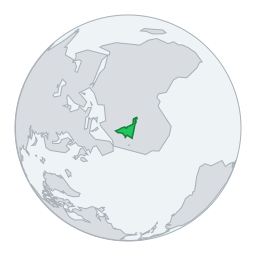 the Earth from above Adrar, rotated 245°
{"feature_id": "DZA-2143", "entity_name": "Adrar", "entity_type": "Province", "adm_level": 1, "iso_a3": "DZA", "parent_name": "Algeria", "parent_adm1": "", "projection": "orthographic", "projection_center": [0.561, 25.317], "detail": "fine", "context": "on_globe", "style": "filled", "palette": "green", "viewbox_px": 256, "rotation_deg": 245, "n_neighbors": 0, "source": "natural_earth", "source_scale": "10m", "svg_char_len": 10332}
<svg xmlns="http://www.w3.org/2000/svg" viewBox="0 0 256 256"><g transform="rotate(245 128 128)"><circle cx="128" cy="128" r="113" fill="#eef3f6" stroke="#a8b0b8"/><path d="M77.6,27.3L85.7,23.7L98.7,19.2L98.8,19.2L112.5,16.4L112.1,16.5L112.6,16.4L115.9,16.0L118.9,15.8L114.1,16.3L118.9,16.0L114.0,17.3L100.4,20.3L98.6,22.0L87.1,27.8L89.2,27.5L86.1,30.0L87.3,30.7L84.8,31.9L87.9,31.5L89.9,30.3L92.0,29.7L92.9,30.1L89.9,31.6L89.0,31.6L88.6,32.3L86.7,32.9L88.1,32.8L84.4,34.8L89.3,33.5L87.4,35.7L84.6,36.8L83.3,35.8L73.4,37.1L70.1,38.5L66.9,41.2L64.1,47.9L61.2,50.1L58.4,53.6L60.7,52.7L63.8,49.6L67.5,49.0L70.7,45.6L72.7,45.0L76.7,42.2L77.8,43.7L76.7,46.8L73.5,49.3L72.9,50.9L77.4,49.5L72.7,55.6L71.9,62.4L70.5,64.0L65.2,64.8L61.7,61.8L54.8,64.1L61.0,63.9L57.4,68.5L57.5,70.0L58.7,70.6L60.8,69.4L59.9,71.4L53.5,72.1L54.2,70.3L56.2,70.0L54.5,68.7L50.1,69.8L48.6,72.3L43.6,72.2L42.5,74.1L40.8,75.4L42.9,72.2L39.0,78.1L32.9,80.7L27.4,91.5L30.9,81.4L31.0,78.7L30.6,76.7L29.6,78.4L30.5,74.3L28.9,75.3L25.0,82.6L22.1,90.0L21.5,93.5L22.9,90.9L23.3,92.5L19.7,100.5L19.9,106.1L18.0,113.0L17.6,118.1L18.6,119.1L19.3,123.1L21.0,120.3L23.2,120.4L22.1,126.4L24.2,122.3L24.8,126.5L29.9,131.0L29.2,132.0L33.3,143.0L39.6,150.2L41.1,155.5L40.1,157.7L42.8,159.9L42.8,161.7L54.9,169.7L62.4,176.6L63.1,182.6L58.6,187.3L58.8,199.5L51.8,200.0L52.9,204.3L52.5,208.7L47.9,205.4L52.2,209.9L52.1,210.6L49.9,208.9L52.1,211.2L50.6,209.9L44.0,203.0L37.9,195.6L37.6,195.2L27.9,177.4L25.7,172.6L22.0,164.6L17.1,145.7L17.1,140.8L16.6,137.0L18.2,131.4L18.7,122.6L18.4,120.4L17.5,122.3L17.3,113.6L18.4,106.2L21.1,92.4L23.9,84.9L27.3,77.6L31.1,70.5L35.5,63.7L40.3,57.3L45.6,51.2L51.2,45.6L57.3,40.3L63.7,35.5L70.5,31.1L77.6,27.3ZM50.8,210.1L53.4,212.4L53.5,212.5L50.8,210.1ZM25.6,94.8L26.1,104.6L24.3,102.6L24.9,102.1L25.1,98.8L25.0,94.7L23.8,93.5L25.6,94.8ZM29.3,91.1L29.1,89.9L29.5,90.7L29.3,91.1ZM75.8,41.6L76.2,41.9L75.3,42.3L75.8,41.6ZM77.1,40.2L75.7,40.5L76.1,39.8L77.0,39.7L77.1,40.2ZM78.8,40.2L77.1,38.7L77.9,37.7L81.8,36.4L78.8,40.2ZM122.4,15.5L127.4,15.4L128.5,15.4L128.4,15.7L124.0,15.5L120.4,15.7L122.4,15.5L122.2,15.5L122.4,15.5ZM90.2,29.7L88.1,31.0L89.0,29.6L90.2,29.7ZM90.3,29.0L90.3,26.1L93.9,24.6L93.2,25.8L97.1,23.8L98.9,24.5L97.1,25.7L94.4,26.5L97.1,26.2L90.3,29.0ZM127.5,16.0L128.3,16.2L126.8,16.1L127.5,16.0ZM92.8,29.4L92.5,28.9L95.6,27.5L96.8,28.4L95.4,28.5L92.8,29.4ZM97.3,23.0L99.8,22.3L101.9,22.6L103.2,22.4L99.2,24.4L97.3,23.0ZM95.2,29.0L97.3,28.9L96.7,29.9L93.4,29.9L95.2,29.0ZM95.9,26.8L97.4,26.3L97.0,26.8L95.9,26.8ZM95.6,34.0L95.2,33.1L96.7,32.3L95.6,34.0ZM98.2,28.8L98.4,28.4L99.0,28.1L100.2,28.2L98.2,28.8ZM101.0,24.5L101.3,24.9L102.7,23.7L104.3,24.1L101.4,25.4L103.3,25.0L103.8,25.1L100.9,26.0L101.0,24.5ZM103.2,27.4L100.0,29.4L100.5,31.0L99.1,31.8L98.6,29.1L103.2,27.4ZM102.1,26.5L102.4,27.2L100.5,27.6L99.1,27.4L102.1,26.5ZM106.5,23.9L104.7,23.0L105.4,22.8L106.5,23.9ZM103.7,27.7L104.4,27.2L103.9,27.8L103.7,27.7ZM106.0,24.9L105.3,24.6L106.2,24.3L106.0,24.9ZM106.5,26.6L105.5,27.2L104.5,27.1L106.5,26.6ZM106.6,25.7L107.9,25.5L104.8,26.6L106.2,25.6L106.6,25.7ZM106.9,24.7L107.2,24.5L107.1,24.9L106.9,24.7ZM110.9,27.0L107.2,28.5L105.0,28.1L108.9,26.6L110.9,27.0ZM163.5,21.1L164.0,21.3L165.1,21.6L172.7,24.6L180.2,28.2L187.3,32.2L194.1,36.8L200.6,41.9L206.6,47.4L212.3,53.3L217.5,59.6L222.3,66.3L226.5,73.4L230.2,80.7L233.4,88.3L236.0,96.0L235.0,93.1L236.0,96.9L234.8,93.2L231.9,87.9L232.6,93.5L234.6,108.3L236.9,118.5L236.7,124.6L231.5,113.5L227.8,104.7L226.8,107.2L220.8,102.1L212.9,107.5L211.0,105.6L209.7,107.8L205.3,107.2L202.1,103.9L199.8,105.4L208.2,114.1L210.6,112.6L211.5,107.0L213.4,110.6L217.6,112.1L215.8,124.4L202.8,140.1L200.3,132.8L183.7,115.3L183.5,112.7L183.3,112.5L183.0,112.0L182.9,116.4L179.6,112.8L189.8,125.8L192.1,132.0L202.7,140.7L202.0,142.3L205.0,143.6L213.1,136.7L213.4,139.3L210.4,153.2L198.1,173.8L199.0,183.3L196.9,191.9L187.6,199.9L186.8,205.7L181.8,209.0L180.4,212.3L175.5,216.5L167.8,221.0L156.5,223.1L157.1,220.5L153.4,215.9L148.7,202.5L152.9,195.1L152.4,189.6L144.1,177.6L146.0,170.0L143.5,167.1L138.4,168.3L135.4,164.7L132.2,164.7L111.3,167.8L104.2,162.6L94.0,146.4L97.2,140.2L96.5,132.7L117.7,107.3L123.6,108.7L141.9,104.1L144.5,104.7L143.9,110.8L158.9,116.1L161.9,110.6L173.9,112.1L180.9,110.2L180.6,98.6L169.1,101.6L165.6,96.8L173.5,89.9L183.3,87.7L182.2,85.8L174.7,83.1L175.6,78.8L172.0,81.9L174.5,83.4L172.2,85.6L169.8,84.3L170.3,82.8L166.9,82.7L165.8,90.7L168.2,93.1L160.3,96.3L163.5,100.8L161.9,103.5L155.8,97.0L155.3,94.2L145.1,87.9L144.9,91.0L154.5,97.3L152.1,97.1L151.8,101.9L150.1,98.1L139.7,90.9L131.6,93.6L123.7,105.8L118.6,107.0L113.2,104.9L113.8,93.2L125.3,91.9L125.6,88.2L121.3,83.2L125.2,83.4L124.8,81.3L129.0,80.7L132.9,75.4L136.8,74.5L136.5,68.4L138.5,67.2L138.1,71.1L139.9,73.5L149.4,71.7L150.7,70.1L149.8,66.4L152.5,66.6L150.3,63.3L154.9,60.9L147.5,61.2L146.2,57.4L147.9,54.0L146.1,53.0L143.3,58.5L143.4,60.8L145.6,62.6L144.6,69.4L141.7,71.0L137.7,64.4L133.2,66.1L132.1,60.7L140.4,48.2L144.8,45.4L156.0,48.0L156.1,50.5L152.1,50.6L157.5,53.7L156.2,51.9L158.5,52.2L157.8,49.0L159.4,49.1L156.0,46.1L157.9,45.9L160.0,47.8L160.5,43.5L163.9,42.5L163.2,41.5L161.6,40.7L167.0,40.3L166.2,39.6L164.2,39.4L161.5,38.0L158.8,35.6L160.8,35.5L162.0,36.4L167.7,38.5L170.7,41.1L171.2,40.9L169.1,38.6L162.2,36.1L160.0,34.6L163.3,35.5L161.9,35.0L161.4,34.3L162.8,33.7L159.2,32.7L151.3,26.1L153.2,24.6L157.1,25.8L153.6,22.2L156.1,21.5L154.2,21.3L151.3,19.9L150.5,20.0L149.4,19.8L141.6,17.1L141.3,16.7L135.8,16.0L134.8,15.9L134.7,16.1L128.4,15.7L128.5,15.4L130.4,15.4L138.8,15.9L147.2,17.0L155.4,18.8L163.5,21.1ZM112.2,120.5L112.0,122.8L112.2,120.5ZM195.0,91.1L200.0,89.3L195.4,83.6L197.0,82.6L194.9,81.1L195.1,83.2L189.6,79.2L190.9,76.3L189.1,73.8L187.3,74.3L185.8,80.3L193.7,85.9L193.5,89.1L195.0,91.1ZM30.1,131.0L30.6,132.8L29.6,132.1L30.1,131.0ZM23.2,104.7L23.7,105.8L23.7,107.2L23.1,106.8L23.2,104.7ZM29.2,113.0L30.1,114.6L28.8,114.0L29.2,113.0ZM26.3,106.0L28.4,112.0L25.9,111.4L24.7,107.8L26.0,108.8L26.3,106.0ZM27.5,94.0L27.6,95.1L27.0,96.0L27.5,94.0ZM29.6,91.7L29.7,90.4L29.6,91.7ZM57.8,68.5L58.2,68.5L59.1,69.5L58.0,69.8L57.8,68.5ZM67.4,70.3L65.7,73.6L66.1,71.3L64.2,72.1L62.6,68.6L69.7,64.7L66.8,67.0L67.4,70.3ZM62.5,63.3L62.7,65.7L62.2,63.2L62.5,63.3ZM118.9,71.7L120.9,72.8L120.2,75.2L115.3,77.2L116.2,73.7L118.9,71.7ZM123.9,73.9L121.4,67.3L124.4,66.1L123.1,67.8L125.4,67.7L124.0,70.5L129.3,76.1L129.1,78.7L120.0,80.5L123.1,78.4L121.0,77.3L123.9,73.9ZM109.5,55.4L108.4,53.3L116.3,53.2L116.4,55.3L111.5,57.2L108.4,55.9L109.5,55.4ZM86.1,38.5L85.2,38.2L86.0,37.8L87.5,37.6L86.1,38.5ZM95.3,33.6L91.0,39.4L89.7,39.3L88.8,43.1L85.0,44.5L85.8,41.9L82.2,46.0L81.4,44.2L79.3,47.1L81.4,41.2L80.5,39.9L82.9,40.7L86.4,39.4L87.6,38.5L90.4,35.2L90.2,32.3L93.6,30.8L96.1,30.6L96.6,31.1L94.3,31.8L96.7,31.9L93.7,33.4L95.3,33.6ZM122.8,32.7L119.8,32.6L124.2,34.5L121.2,35.4L121.9,35.5L120.4,36.9L119.7,39.0L118.1,39.3L118.6,40.0L117.6,41.1L117.6,42.2L114.8,43.1L114.6,44.6L113.4,44.2L113.8,46.7L112.2,45.3L110.7,46.7L113.1,47.3L97.7,50.6L92.5,53.6L89.0,57.0L86.7,54.5L88.5,49.9L92.4,45.0L97.8,42.7L95.8,42.1L97.7,40.9L98.5,41.9L98.5,39.7L100.3,39.1L103.8,35.6L102.7,33.3L103.9,32.1L105.3,32.7L105.6,31.2L109.0,31.5L110.0,30.7L114.4,30.4L116.4,32.2L117.4,31.2L120.7,31.1L122.8,32.7ZM112.1,26.9L115.3,28.5L115.2,29.9L107.6,29.9L106.3,30.5L101.4,30.9L101.7,29.0L103.0,29.0L104.4,28.6L103.8,29.4L105.3,28.5L107.2,28.6L108.9,28.0L109.5,28.6L112.1,26.9ZM146.4,102.2L148.2,102.2L150.8,101.5L150.7,104.7L146.4,102.2ZM139.2,97.3L140.7,96.7L141.8,100.5L140.0,100.7L139.2,97.3ZM140.6,93.3L140.7,96.4L139.6,94.8L140.6,93.3ZM139.4,70.5L140.9,69.8L141.4,70.6L141.0,72.0L139.4,70.5ZM135.3,39.4L133.6,38.9L133.8,38.4L131.5,36.4L133.5,35.7L135.7,36.7L135.3,39.4ZM179.2,101.1L177.7,103.7L176.4,103.0L177.2,102.2L179.2,101.1ZM163.9,104.5L167.9,105.2L163.9,105.4L163.9,104.5ZM137.1,38.3L135.9,37.5L137.7,37.7L137.1,38.3ZM134.9,35.1L136.8,35.1L133.5,35.4L134.9,35.1ZM211.2,184.7L202.1,201.0L198.3,202.7L198.8,199.0L203.0,189.8L207.9,185.4L210.7,180.4L211.2,184.7ZM237.2,119.2L238.6,123.9L238.3,125.9L237.2,119.2ZM152.8,33.5L153.8,36.9L155.9,39.4L159.2,40.6L155.0,40.5L151.8,36.7L152.8,33.5ZM151.3,26.9L148.4,26.2L149.3,25.7L150.1,25.8L151.3,26.9ZM149.8,27.0L146.9,27.5L145.1,26.7L147.7,26.4L149.8,27.0ZM142.1,32.4L142.3,33.4L140.9,33.2L142.1,32.4ZM129.2,16.1L128.3,16.2L129.2,16.1ZM149.0,20.0L147.5,19.7L147.6,19.4L149.0,20.0ZM143.3,18.9L144.3,19.4L142.4,18.9L143.3,18.9ZM146.7,20.7L144.3,19.6L147.8,20.7L146.7,20.7Z" fill="#d9dde1" stroke="#a8b0b8" stroke-width="1"/><path d="M118.4,128.4L118.1,128.2L117.8,128.0L117.5,127.8L117.2,127.5L117.0,127.4L121.8,124.2L120.6,121.5L120.9,121.5L121.2,121.6L121.4,121.8L121.8,122.0L122.2,122.1L122.6,121.9L122.8,121.8L123.4,121.4L123.6,121.2L123.8,121.2L125.4,120.9L125.6,120.7L126.7,119.3L127.7,117.4L128.3,116.8L128.5,116.7L128.8,116.4L130.6,115.5L130.5,117.1L130.4,118.6L130.6,120.7L130.7,121.7L130.7,122.1L130.6,122.6L130.4,125.1L130.3,125.3L130.2,125.3L130.1,125.5L129.9,125.5L129.7,125.7L129.6,125.8L129.2,125.8L128.9,125.8L128.7,125.9L128.6,126.0L128.6,126.3L128.9,126.7L129.0,126.8L129.0,127.0L128.9,127.2L129.0,127.2L129.0,127.3L129.3,127.5L129.3,134.0L129.5,134.2L133.5,136.5L133.9,136.8L133.9,137.3L134.0,140.2L133.9,140.2L133.5,140.3L133.3,140.3L133.2,140.4L132.9,140.2L132.7,140.1L132.8,140.0L132.8,139.9L132.9,139.7L133.0,139.7L132.9,139.4L132.9,139.2L132.9,138.8L132.9,138.7L132.7,138.7L132.4,138.5L131.9,138.4L131.6,138.4L131.4,138.3L131.3,138.1L131.2,138.1L131.1,137.9L130.9,137.9L130.8,138.0L130.6,138.0L130.6,137.9L130.5,138.0L130.4,137.9L130.2,137.8L130.0,137.7L130.0,137.4L129.8,137.3L129.8,137.2L129.7,137.2L129.4,137.1L129.2,137.0L129.1,136.9L129.1,136.7L129.1,136.4L128.9,136.1L128.7,136.0L128.5,135.9L128.4,135.8L128.2,135.7L127.9,135.5L127.7,135.4L127.6,135.2L127.4,135.1L127.1,134.9L126.8,134.7L126.6,134.6L126.3,134.3L126.2,134.2L125.9,134.0L125.7,133.9L125.4,133.7L125.2,133.6L125.1,133.4L124.9,133.3L124.8,133.2L124.6,133.1L124.3,132.9L124.1,132.8L124.0,132.6L123.8,132.5L123.7,132.4L123.4,132.2L123.2,132.1L122.9,131.8L122.7,131.7L122.4,131.5L122.3,131.4L122.1,131.3L122.0,131.2L121.8,131.0L121.7,130.9L121.4,130.7L121.2,130.6L121.0,130.4L120.8,130.3L120.7,130.2L120.4,130.0L120.3,129.8L120.1,129.7L119.8,129.5L119.7,129.4L119.4,129.2L119.1,129.0L119.0,128.8L118.8,128.7L118.7,128.6L118.4,128.4Z" fill="#22c55e" stroke="#15803d" stroke-width="1.5"/></g></svg>